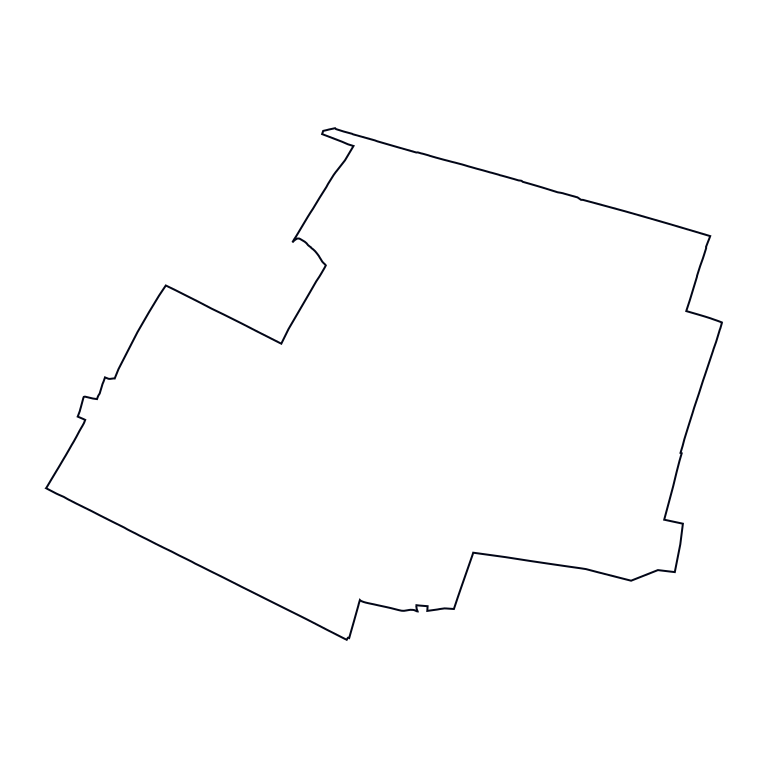 Teslui, Dolj, Romania
{"feature_id": "2599482B26570302322271", "entity_name": "Teslui", "entity_type": "district", "adm_level": 2, "iso_a3": "ROU", "parent_name": "Romania", "parent_adm1": "Dolj", "projection": "equal_earth", "projection_center": [24.149, 44.204], "detail": "fine", "context": "isolated", "style": "outline", "palette": "ink", "viewbox_px": 768, "rotation_deg": 0, "n_neighbors": 0, "source": "geoboundaries", "source_scale": "gbopen_adm2", "svg_char_len": 4317}
<svg xmlns="http://www.w3.org/2000/svg" viewBox="0 0 768 768"><path d="M674.8,572.1L680.3,544.3L682.9,523.7L664.2,519.7L668.7,503.0L673.2,486.2L676.6,472.1L679.5,460.9L681.7,453.3L680.5,452.9L682.6,446.0L684.4,439.1L688.9,424.6L692.6,412.9L694.1,407.9L698.9,393.6L703.0,380.7L705.0,374.9L713.1,350.6L713.5,349.2L716.1,341.9L716.9,339.3L719.9,329.4L720.3,328.5L721.9,322.9L721.7,322.8L721.8,322.5L721.8,322.4L720.5,321.9L718.1,321.0L717.0,320.6L714.1,319.6L712.1,318.9L710.5,318.3L705.1,316.6L704.1,316.3L703.1,316.0L698.4,314.6L686.3,311.1L686.6,310.0L689.7,300.6L690.5,298.0L697.0,276.6L697.0,276.0L700.1,266.2L702.9,258.4L704.0,255.0L706.2,248.0L706.0,247.0L708.2,241.3L709.1,239.1L710.2,236.1L668.0,223.6L647.2,217.6L625.1,211.3L604.9,205.8L583.0,199.9L582.8,199.9L581.0,199.8L577.4,197.3L576.8,197.2L564.0,193.6L563.1,193.3L560.8,192.8L557.7,192.3L542.0,187.4L535.9,185.6L531.1,184.2L522.7,181.8L521.8,181.0L521.1,180.7L518.5,180.4L513.5,178.9L512.0,178.5L507.1,177.1L502.0,175.7L499.6,175.1L499.0,174.8L491.8,172.8L490.1,172.4L488.4,171.9L484.2,170.7L481.3,169.9L477.1,168.8L474.3,168.0L471.5,167.2L468.2,166.3L465.3,165.4L462.6,164.6L461.9,164.4L460.3,164.0L455.0,162.6L452.1,161.9L447.6,160.7L446.0,160.3L443.3,159.6L437.1,157.9L435.6,157.5L434.3,157.1L432.8,156.7L431.5,156.3L429.7,155.8L429.0,155.5L428.0,155.2L426.2,154.7L423.4,153.9L422.2,153.6L421.2,153.4L420.2,153.1L419.2,152.8L417.8,152.4L416.3,152.5L399.1,147.6L377.3,141.3L374.9,140.4L353.0,134.3L352.1,133.8L343.6,131.5L336.0,129.1L335.1,128.2L332.3,128.8L329.0,129.5L326.7,130.1L323.2,130.9L322.1,134.1L342.0,141.7L348.0,144.3L353.5,146.0L345.0,160.3L336.8,170.8L335.8,172.0L333.7,174.9L328.0,184.0L326.4,187.0L319.7,197.6L315.1,205.2L313.0,208.7L310.5,212.5L308.0,216.5L305.0,221.5L301.3,227.7L296.7,235.4L295.5,237.3L294.1,239.4L292.4,242.4L294.2,240.5L295.6,239.5L297.1,238.6L298.1,238.5L299.4,238.6L300.5,239.2L304.7,241.7L306.5,243.2L308.1,245.2L309.6,246.4L310.0,246.7L310.5,247.0L311.0,247.4L311.2,247.8L311.6,248.2L313.2,249.4L315.1,251.2L316.6,253.0L317.7,254.4L319.0,256.2L319.7,257.5L320.6,258.9L321.8,260.9L322.3,261.7L323.6,263.1L324.5,263.9L325.3,264.7L325.8,265.4L324.8,267.4L321.5,273.1L319.4,276.6L316.2,281.4L310.0,292.2L297.6,313.5L288.6,328.9L281.3,343.7L258.0,331.9L241.9,323.6L241.1,323.2L223.9,314.6L211.5,308.6L197.9,301.5L184.6,294.8L175.9,290.4L165.8,285.5L159.0,295.7L149.0,312.2L137.5,332.1L118.5,369.1L114.7,378.5L114.0,378.4L112.2,378.6L111.5,378.7L110.7,378.8L110.0,378.9L109.5,378.9L108.7,378.8L108.0,378.6L106.8,378.1L105.9,377.8L105.0,377.4L103.8,380.9L103.5,381.7L103.2,382.4L102.7,383.6L102.6,383.8L102.4,384.4L101.8,386.5L100.4,391.1L99.7,393.5L98.4,395.5L97.7,397.1L97.0,399.1L92.8,398.5L87.8,397.3L85.2,396.7L84.6,396.7L83.8,396.9L83.6,397.2L83.1,398.9L80.9,407.1L80.2,409.5L79.8,411.1L78.3,415.1L77.7,416.6L83.5,419.1L85.2,419.9L84.8,420.9L84.4,422.0L83.9,423.2L82.3,426.1L81.1,428.1L79.4,431.1L76.6,436.4L75.1,439.1L73.9,441.3L71.8,444.8L69.6,448.7L65.8,455.3L63.7,458.8L58.7,467.3L56.5,470.9L51.4,479.4L46.3,488.0L46.1,488.2L48.9,489.7L52.0,491.3L56.4,493.6L59.2,494.9L63.8,496.9L67.8,499.2L76.4,503.6L84.7,507.7L91.8,511.2L99.7,515.3L112.2,521.6L124.3,527.6L127.4,529.4L130.5,531.0L136.5,534.0L138.9,535.3L143.3,537.5L146.6,539.1L150.5,541.1L156.1,544.0L163.8,547.8L172.3,551.9L176.3,554.0L179.2,555.5L186.0,558.8L192.0,561.8L195.2,563.6L201.4,566.6L209.9,570.9L223.5,577.6L241.4,586.7L248.6,590.3L270.4,601.2L306.9,619.4L327.0,629.8L339.0,635.9L346.7,639.8L347.2,638.9L347.9,637.8L348.0,637.7L348.3,637.6L348.7,637.7L349.0,637.9L349.2,638.0L349.5,637.0L349.9,635.5L351.0,631.6L354.0,621.1L354.5,619.3L358.4,605.4L358.7,604.1L359.9,600.0L360.3,600.4L361.0,600.9L362.1,601.4L363.7,602.0L365.8,602.6L367.1,602.9L368.8,603.3L374.1,604.4L378.1,605.3L386.0,607.0L390.9,608.1L398.7,610.1L401.5,610.7L402.9,610.8L404.1,610.8L406.7,610.4L409.0,610.0L410.5,609.8L412.8,609.9L414.2,610.1L415.8,610.8L417.2,611.4L417.6,611.4L416.7,609.0L416.4,606.8L416.3,606.1L416.5,605.4L416.5,605.2L418.9,605.5L427.6,606.2L427.3,610.9L437.4,609.5L440.1,609.0L443.8,608.5L444.5,608.4L446.7,608.5L453.9,609.0L457.7,597.6L460.9,588.3L472.5,555.0L473.2,552.7L505.3,557.1L530.4,561.0L548.0,563.6L568.0,566.5L580.8,568.3L586.0,569.1L597.4,572.1L631.1,580.7L657.9,570.1L674.8,572.1Z" fill="none" stroke="#020617" stroke-width="2"/></svg>